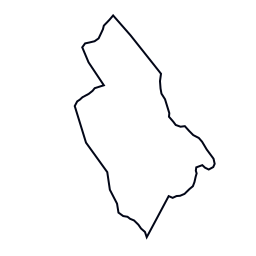 Lagoa, Paraíba, Brazil, rotated 229°
{"feature_id": "56859067B59485240608457", "entity_name": "Lagoa", "entity_type": "district", "adm_level": 2, "iso_a3": "BRA", "parent_name": "Brazil", "parent_adm1": "Paraíba", "projection": "robinson", "projection_center": [-37.9, -6.583], "detail": "fine", "context": "isolated", "style": "outline", "palette": "ink", "viewbox_px": 256, "rotation_deg": 229, "n_neighbors": 0, "source": "geoboundaries", "source_scale": "gbopen_adm2", "svg_char_len": 963}
<svg xmlns="http://www.w3.org/2000/svg" viewBox="0 0 256 256"><g transform="rotate(229 128 128)"><path d="M33.3,70.5L41.2,91.3L49.9,114.0L46.0,115.9L44.8,120.0L42.7,122.8L41.2,127.4L41.6,134.5L41.5,138.8L43.6,142.7L46.9,147.2L48.7,150.0L51.3,151.2L53.5,153.7L51.2,159.7L47.5,160.1L43.7,161.7L42.6,166.7L44.1,169.9L48.7,172.4L60.1,173.3L69.0,174.9L74.0,174.9L79.8,172.6L85.8,172.2L92.1,172.1L94.5,168.5L99.0,166.0L103.0,166.3L109.6,166.3L112.1,168.9L125.4,174.8L132.0,175.8L136.5,178.5L142.4,182.9L147.3,188.5L162.7,189.2L196.2,190.7L222.7,190.6L221.8,184.8L221.1,176.9L219.0,173.9L216.9,169.2L214.9,164.6L215.4,159.7L217.8,155.1L220.0,151.1L218.9,146.4L203.4,141.3L176.1,137.8L179.9,129.0L179.3,125.7L179.5,120.8L181.1,113.8L181.0,110.3L181.4,107.1L179.5,102.2L170.9,98.4L144.5,86.7L108.3,83.4L93.3,73.8L78.1,70.1L70.4,65.3L64.7,66.6L61.3,69.4L58.1,70.0L54.3,71.9L48.1,72.4L43.6,71.9L38.4,72.6L33.3,70.5Z" fill="none" stroke="#020617" stroke-width="2"/></g></svg>